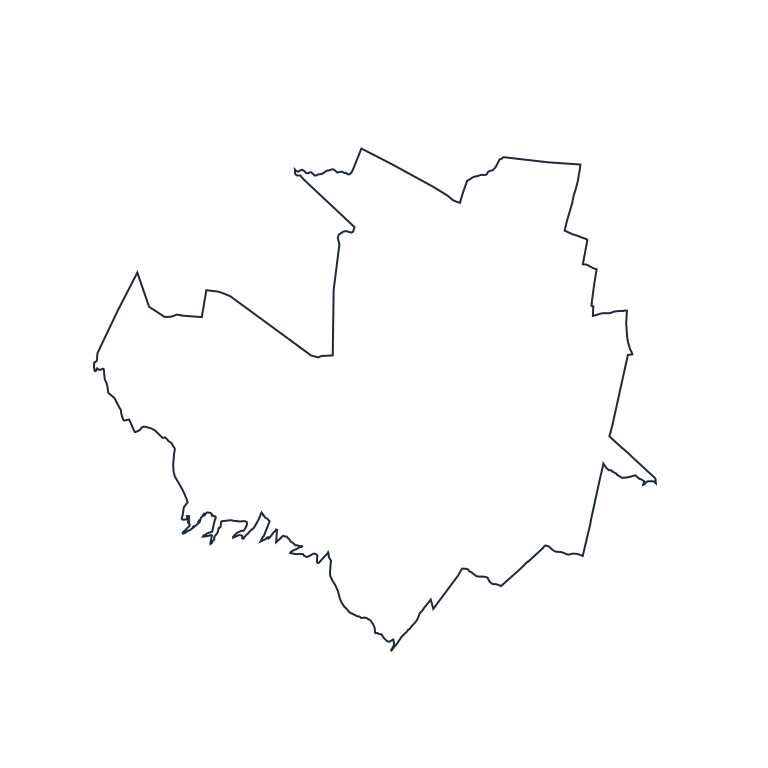 the district of Poboru, Olt, Romania, rotated 283°
{"feature_id": "2599482B3636434641620", "entity_name": "Poboru", "entity_type": "district", "adm_level": 2, "iso_a3": "ROU", "parent_name": "Romania", "parent_adm1": "Olt", "projection": "natural_earth1", "projection_center": [24.455, 44.685], "detail": "fine", "context": "isolated", "style": "outline", "palette": "slate", "viewbox_px": 768, "rotation_deg": 283, "n_neighbors": 0, "source": "geoboundaries", "source_scale": "gbopen_adm2", "svg_char_len": 6156}
<svg xmlns="http://www.w3.org/2000/svg" viewBox="0 0 768 768"><g transform="rotate(283 384 384)"><path d="M437.1,118.6L395.4,108.0L349.6,97.9L342.1,98.9L340.6,98.1L339.7,96.8L338.7,96.8L336.5,97.5L334.6,97.7L333.9,98.3L332.1,98.9L331.5,99.3L331.9,100.3L334.7,101.0L333.9,102.4L333.8,103.6L334.2,104.7L335.6,106.6L335.6,107.3L335.3,107.7L325.8,110.8L322.8,113.2L319.1,115.2L313.4,117.3L309.7,124.4L308.4,125.6L300.8,132.1L299.5,133.5L296.7,134.4L292.0,136.9L290.5,138.1L289.9,138.9L292.0,143.7L281.1,151.9L281.1,152.5L283.4,155.6L285.4,157.1L287.2,157.7L288.3,159.4L288.6,160.6L288.4,167.3L286.9,171.9L281.9,180.0L281.7,181.0L282.4,182.0L282.6,182.8L281.7,184.7L280.0,186.6L278.8,190.1L276.0,192.5L274.5,194.3L273.3,194.9L268.6,195.2L258.1,196.7L252.5,198.3L247.8,200.4L246.8,201.0L239.8,207.7L235.5,211.5L231.5,214.7L224.7,219.3L218.9,216.7L211.3,217.3L207.2,217.2L206.7,217.6L206.5,218.4L207.7,222.4L209.9,222.3L211.0,221.7L211.3,223.9L208.5,224.4L205.2,224.0L204.8,224.3L204.7,224.7L205.2,225.0L204.2,225.1L203.5,226.4L202.0,226.3L197.4,223.6L194.7,221.7L193.7,221.4L193.2,221.5L193.0,221.9L193.1,222.3L194.3,223.8L196.6,225.7L197.8,227.6L200.8,230.2L201.2,230.5L201.7,230.0L202.7,230.8L202.3,231.3L203.9,232.6L207.4,235.0L207.9,234.0L209.4,234.5L209.0,235.5L212.3,235.7L213.9,236.6L215.2,238.1L215.8,237.2L217.2,237.9L216.4,239.0L218.5,240.0L219.1,240.6L219.2,241.3L219.3,243.9L218.2,245.9L217.5,245.6L216.9,246.0L217.0,249.5L216.2,250.0L215.4,250.2L213.8,249.8L207.4,249.7L201.6,249.9L198.6,245.3L197.3,244.2L195.8,242.2L194.5,241.9L196.7,247.5L197.8,249.1L198.0,250.0L197.7,250.4L189.5,250.6L189.0,250.8L190.4,252.0L192.5,252.4L193.9,253.5L197.3,253.1L200.7,254.9L202.9,255.4L206.3,255.3L206.8,255.5L206.9,256.2L208.0,256.9L213.3,256.3L213.7,256.6L216.9,265.5L216.9,268.8L217.4,271.8L217.5,274.0L219.0,278.9L219.0,280.1L218.7,281.3L216.8,282.1L212.8,281.5L209.6,280.3L209.1,279.8L209.1,278.5L205.9,274.2L201.2,271.3L200.3,271.7L201.2,272.4L202.2,274.2L203.8,276.0L204.2,277.0L204.4,279.5L203.9,280.2L203.5,280.4L201.7,280.5L201.6,281.3L202.0,282.1L204.4,282.9L206.2,283.9L207.4,284.9L212.4,287.7L212.8,288.5L215.2,289.8L223.5,292.3L231.2,293.6L229.3,296.0L228.7,296.0L228.5,296.8L226.8,298.7L226.6,300.6L225.0,302.6L224.5,303.4L208.6,301.1L207.9,300.4L202.7,299.1L206.4,303.7L207.2,304.5L207.6,304.2L208.6,305.5L207.6,306.2L208.6,307.1L215.7,310.4L216.3,311.3L217.9,311.5L217.8,312.8L216.6,312.7L205.6,314.5L210.6,318.0L212.5,319.0L213.4,319.9L213.1,322.1L213.5,323.4L211.8,325.8L211.5,326.7L210.0,327.9L209.3,328.9L208.7,331.1L207.0,333.7L206.8,334.4L207.4,335.5L207.1,337.0L207.1,339.4L208.0,341.2L206.6,340.1L205.8,337.9L205.4,337.8L204.6,337.2L201.1,332.7L199.0,330.6L198.2,330.6L198.4,336.6L199.2,339.2L200.0,343.5L198.6,344.8L198.1,347.6L198.8,348.9L202.5,353.1L202.9,353.8L203.1,355.4L202.3,357.3L201.9,357.6L195.9,358.6L195.0,359.1L194.7,359.8L194.9,360.4L195.5,360.9L206.5,367.2L207.4,367.4L206.5,368.0L203.2,369.1L202.3,369.7L199.9,372.2L197.1,372.4L188.8,373.7L186.3,374.3L184.5,375.1L181.4,377.5L177.0,381.8L172.0,385.6L164.6,389.5L161.7,391.6L157.9,395.6L156.8,397.7L153.7,401.9L151.7,410.1L151.9,412.6L151.0,414.1L151.0,414.9L152.0,417.5L152.1,419.3L150.6,424.0L147.4,427.5L145.6,428.9L143.7,430.0L139.8,431.1L139.4,431.6L139.3,432.2L139.9,433.4L139.2,435.5L139.5,438.0L137.5,439.9L135.7,442.0L134.0,445.4L134.0,447.1L137.1,450.5L135.2,451.5L132.5,452.3L130.1,452.0L126.3,450.8L126.0,451.2L134.0,455.1L142.2,458.2L143.6,459.4L145.3,460.2L147.8,462.0L149.9,462.8L151.7,464.5L153.8,465.2L159.0,468.2L163.0,469.7L169.2,470.5L171.0,472.0L175.5,473.7L184.4,478.1L176.0,482.6L214.1,499.3L221.7,501.6L222.5,506.4L222.2,507.6L220.5,509.7L220.2,511.6L217.6,517.1L217.6,519.5L218.7,524.2L218.8,527.6L218.3,528.7L215.0,531.5L213.8,534.0L213.6,535.2L214.2,538.4L213.5,543.5L233.9,558.0L243.2,563.9L243.4,564.6L243.9,565.0L244.3,565.1L259.6,575.6L262.5,577.0L262.9,577.6L263.0,580.4L262.1,582.4L260.2,585.6L259.3,589.0L259.4,590.5L260.1,594.0L259.9,596.8L259.2,600.5L259.3,601.6L259.4,602.7L261.0,605.5L261.9,609.9L261.7,613.4L261.1,616.3L293.8,616.5L298.2,616.2L342.0,615.7L353.7,615.8L355.8,615.6L352.0,619.8L350.6,622.7L351.1,625.0L350.0,626.2L349.2,629.8L348.9,630.5L347.9,631.5L346.1,637.2L348.0,642.8L351.5,649.3L351.3,650.0L349.1,654.0L348.8,656.9L347.6,659.5L344.0,659.2L344.8,660.4L346.6,661.1L348.4,662.7L349.6,667.1L349.7,669.0L348.4,671.2L352.8,669.8L353.5,668.9L368.8,642.0L371.5,637.7L376.5,628.1L383.7,615.4L394.8,615.8L467.2,615.1L468.7,619.3L470.6,618.2L473.5,615.8L479.2,612.6L483.6,610.6L497.7,606.3L510.1,604.2L509.6,601.5L508.9,600.7L508.2,597.1L506.4,592.1L504.0,588.5L503.2,585.8L502.7,583.1L501.8,580.2L497.3,572.2L506.7,570.5L506.8,568.9L507.1,568.4L508.9,568.5L509.1,568.2L529.1,566.3L543.6,565.4L543.9,561.8L545.4,556.4L545.8,554.1L545.4,550.8L569.9,549.8L570.6,548.9L571.0,546.8L571.0,545.4L572.1,538.1L572.2,534.6L574.1,525.5L584.6,525.6L602.7,526.7L610.6,526.4L617.0,527.0L625.3,527.2L638.5,526.4L642.0,525.9L636.9,493.8L631.9,449.4L629.8,447.8L628.9,446.1L620.7,444.1L617.0,442.1L616.4,441.4L615.8,439.7L614.4,438.0L614.0,437.6L611.9,437.1L611.0,436.5L610.2,435.0L610.0,432.9L609.5,431.2L608.1,429.2L606.0,425.0L605.0,423.6L603.0,421.9L600.7,419.3L587.3,417.8L577.6,417.2L577.8,414.1L578.4,410.8L579.1,408.9L581.8,403.6L586.9,388.6L600.3,340.9L608.3,309.0L587.7,305.8L582.9,304.8L580.7,303.4L580.1,301.9L581.2,299.1L580.8,298.6L580.8,296.9L581.4,295.8L581.4,295.2L580.6,293.2L579.6,291.4L579.6,290.8L581.4,287.5L581.7,286.5L581.6,285.6L581.3,284.7L580.1,283.1L579.0,280.3L574.9,276.4L574.3,275.3L573.5,272.8L572.2,271.6L571.7,270.2L571.6,269.5L573.5,266.3L573.9,265.2L573.7,264.5L572.3,262.7L572.0,260.7L573.3,258.9L574.4,256.2L573.5,254.5L571.6,252.6L571.8,250.5L572.9,249.0L569.4,249.9L568.4,250.5L567.6,252.2L568.1,254.5L568.2,255.8L565.6,259.1L530.2,320.0L525.3,319.6L524.2,318.1L524.4,312.4L523.4,310.2L519.4,306.3L515.9,306.1L510.2,309.1L464.3,313.8L400.3,327.6L397.3,317.0L395.2,313.9L395.3,306.7L434.7,215.1L435.3,212.5L436.6,203.9L436.7,201.3L435.4,189.8L408.2,191.4L405.3,172.7L405.0,166.2L403.3,164.2L401.4,160.7L400.0,155.2L406.4,137.7L437.1,118.6Z" fill="none" stroke="#1e293b" stroke-width="2"/></g></svg>